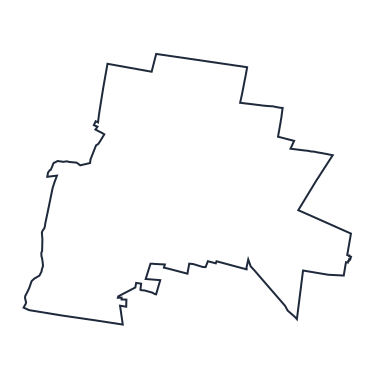 the district of Opichén, Yucatán, Mexico, rotated 183°
{"feature_id": "50627088B93641399425538", "entity_name": "Opichén", "entity_type": "district", "adm_level": 2, "iso_a3": "MEX", "parent_name": "Mexico", "parent_adm1": "Yucatán", "projection": "mercator", "projection_center": [-89.848, 20.55], "detail": "fine", "context": "isolated", "style": "outline", "palette": "slate", "viewbox_px": 384, "rotation_deg": 183, "n_neighbors": 0, "source": "geoboundaries", "source_scale": "gbopen_adm2", "svg_char_len": 2236}
<svg xmlns="http://www.w3.org/2000/svg" viewBox="0 0 384 384"><g transform="rotate(183 192 192)"><path d="M283.2,58.9L254.2,56.0L257.9,74.7L251.7,74.0L251.9,81.1L256.7,81.0L256.8,82.8L260.5,82.5L260.2,83.9L243.6,93.7L243.0,98.3L238.0,97.8L238.4,91.6L237.7,91.3L234.3,91.2L226.2,89.4L224.0,88.2L222.5,87.9L219.1,102.3L233.7,102.7L229.7,118.2L226.7,118.3L226.1,118.2L222.8,118.2L215.3,118.2L216.1,115.0L211.1,114.1L192.3,110.2L191.0,120.3L187.0,120.1L177.4,117.7L174.5,117.7L172.5,123.7L164.5,122.0L163.9,124.1L133.4,117.6L133.3,118.0L133.7,118.8L132.3,127.5L129.5,120.8L125.2,116.6L124.9,116.3L120.9,112.1L93.0,83.1L90.3,78.6L82.4,72.4L80.6,70.5L77.0,119.4L51.7,116.5L36.1,116.5L34.9,127.2L34.5,130.0L32.6,129.7L32.3,131.3L31.8,131.3L31.6,133.0L30.5,132.8L30.1,134.6L30.3,134.7L29.9,135.7L31.6,136.0L31.6,136.8L32.4,136.7L33.7,137.2L33.1,141.9L33.1,142.0L32.8,145.0L32.7,145.3L32.5,147.0L31.1,158.8L80.7,177.8L84.9,179.4L68.0,210.8L66.4,213.4L64.5,216.8L53.4,236.1L64.0,237.6L68.6,238.1L72.2,238.7L75.2,238.7L78.1,239.2L82.3,239.4L95.9,240.4L92.7,248.4L109.0,251.7L107.2,266.2L107.0,268.6L106.7,270.4L106.7,270.9L106.5,273.0L106.3,275.9L106.1,278.2L105.9,280.7L107.5,280.7L110.6,281.0L115.7,281.8L119.8,281.8L122.4,281.9L125.2,282.0L130.7,282.4L136.3,282.8L142.7,283.2L148.6,283.6L147.9,287.9L147.2,292.2L146.4,297.7L145.7,303.0L145.4,305.1L144.3,312.5L143.5,319.5L235.0,328.0L238.6,310.0L283.1,315.6L286.0,292.2L288.6,267.9L289.0,263.6L289.5,256.6L291.9,257.6L293.5,253.6L289.8,252.3L291.7,249.3L284.6,246.1L282.6,245.0L286.1,238.5L288.0,235.2L290.3,233.5L295.1,219.1L295.3,215.6L305.0,212.8L308.8,215.3L314.8,215.5L316.5,215.6L318.4,216.1L322.0,215.4L327.8,215.9L331.8,213.6L334.1,206.9L335.2,206.3L336.8,203.8L337.3,199.6L327.7,201.3L329.9,194.3L331.4,188.6L334.8,166.2L336.9,152.7L337.1,150.1L337.5,148.4L338.0,147.3L338.6,146.4L339.1,145.8L339.8,143.6L339.5,141.2L338.9,136.8L338.6,125.2L339.2,123.7L339.2,122.3L339.0,120.1L338.4,118.4L337.6,115.0L337.3,112.9L336.9,110.4L337.9,106.7L338.1,104.7L340.0,100.5L345.0,97.2L347.5,94.6L349.4,88.0L349.5,87.7L351.0,83.9L353.1,79.4L353.2,77.4L353.0,76.8L351.9,72.9L352.5,70.8L352.9,70.4L354.1,67.7L348.5,65.5L315.9,61.9L283.2,58.9Z" fill="none" stroke="#1e293b" stroke-width="2"/></g></svg>